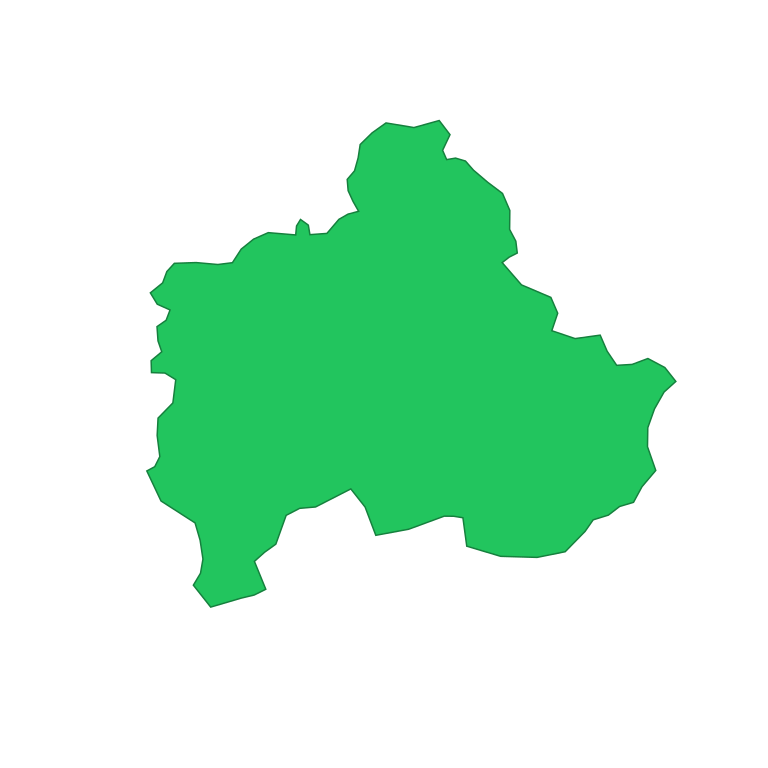 the border of Targovishte, rotated 153°
{"feature_id": "BGR-2257", "entity_name": "Targovishte", "entity_type": "Province", "adm_level": 1, "iso_a3": "BGR", "parent_name": "Bulgaria", "parent_adm1": "", "projection": "robinson", "projection_center": [26.357, 43.248], "detail": "fine", "context": "isolated", "style": "filled", "palette": "green", "viewbox_px": 768, "rotation_deg": 153, "n_neighbors": 0, "source": "natural_earth", "source_scale": "10m", "svg_char_len": 1491}
<svg xmlns="http://www.w3.org/2000/svg" viewBox="0 0 768 768"><g transform="rotate(153 384 384)"><path d="M383.7,568.5L379.3,559.9L382.2,550.7L366.5,544.1L349.4,551.2L338.9,551.7L328.2,549.4L328.7,560.6L328.2,572.5L323.9,583.0L313.5,587.3L304.4,597.2L296.5,608.2L280.5,613.2L263.7,615.7L240.9,598.9L215.2,593.7L212.0,576.2L225.7,565.6L226.3,555.5L217.7,552.8L210.2,545.7L207.2,533.9L200.0,516.6L191.9,500.0L193.1,481.5L201.9,464.7L201.7,451.4L205.8,440.2L214.9,440.2L223.6,438.5L216.5,409.9L196.0,385.4L197.1,368.2L210.3,355.3L193.1,337.7L169.2,329.4L170.3,311.9L168.2,295.0L154.0,288.8L137.3,286.9L126.3,271.2L122.8,253.8L138.1,249.7L154.3,239.0L168.8,225.3L177.7,208.5L181.1,183.6L200.7,175.4L215.4,165.3L229.7,167.9L243.6,165.3L259.3,168.0L271.7,161.4L298.7,152.3L326.3,160.0L358.3,177.5L383.9,201.9L374.4,229.0L381.9,234.5L390.3,238.9L428.0,243.4L460.0,252.9L456.7,282.9L461.2,305.6L500.8,305.5L515.6,311.5L530.8,311.4L553.1,290.4L566.8,288.3L580.0,284.8L582.5,254.8L595.4,254.9L608.7,258.1L639.7,263.9L645.2,291.3L633.4,298.7L624.8,310.2L618.8,328.2L615.4,346.0L635.8,381.0L634.8,414.2L625.8,414.4L616.7,421.1L609.5,441.1L600.8,456.2L580.7,463.0L567.6,482.4L574.2,493.2L586.0,499.7L580.9,510.5L567.4,513.6L565.8,525.0L560.2,538.2L549.2,539.7L541.0,547.1L549.8,558.0L550.8,571.3L535.3,574.6L526.4,582.8L516.0,586.7L496.3,577.5L477.8,565.9L464.0,560.9L450.0,569.0L434.4,572.3L418.4,571.4L395.0,556.9L390.2,564.5L383.7,568.5Z" fill="#22c55e" stroke="#15803d" stroke-width="1.5"/></g></svg>